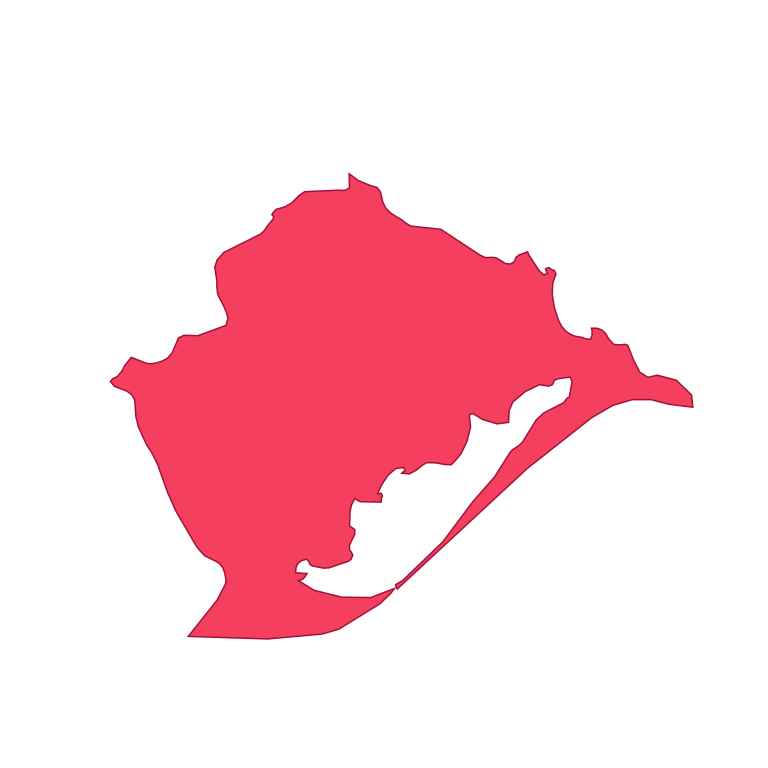 SVG path tracing the border of Kafr ash Shaykh, rotated 157°
{"feature_id": "EGY-1547", "entity_name": "Kafr ash Shaykh", "entity_type": "Governorate", "adm_level": 1, "iso_a3": "EGY", "parent_name": "Egypt", "parent_adm1": "", "projection": "robinson", "projection_center": [30.841, 31.295], "detail": "fine", "context": "isolated", "style": "filled", "palette": "rose", "viewbox_px": 768, "rotation_deg": 157, "n_neighbors": 0, "source": "natural_earth", "source_scale": "10m", "svg_char_len": 2955}
<svg xmlns="http://www.w3.org/2000/svg" viewBox="0 0 768 768"><g transform="rotate(157 384 384)"><path d="M129.0,285.3L113.5,273.3L105.2,253.7L108.8,242.0L129.2,253.7L144.4,265.3L161.6,272.6L181.9,274.9L206.2,271.8L285.1,250.3L451.9,190.1L451.9,194.7L443.4,195.9L391.6,215.7L348.3,240.9L318.5,255.3L294.6,271.8L291.4,273.3L283.7,274.6L279.2,276.4L257.9,291.5L248.2,294.9L225.9,296.6L221.0,299.5L218.5,299.5L210.0,312.7L210.0,317.6L221.5,320.8L225.5,320.9L229.1,317.6L232.9,317.6L241.4,322.7L257.1,321.8L272.4,317.1L279.2,310.6L284.3,300.0L295.5,303.1L307.2,312.9L313.7,322.2L317.6,322.2L321.1,310.6L329.8,299.0L340.2,289.8L348.5,285.5L353.6,283.4L359.8,286.3L367.1,291.2L375.4,294.9L380.7,294.2L387.9,292.1L395.7,291.3L402.5,294.9L400.8,295.6L399.2,295.6L398.4,296.4L398.7,299.5L406.2,301.6L415.8,298.5L425.3,292.3L432.8,285.5L431.4,284.8L430.0,284.9L429.2,284.3L429.3,281.3L431.3,279.9L431.5,279.3L431.6,278.5L432.8,276.4L452.0,285.0L455.8,290.0L461.0,285.5L464.9,280.3L471.1,266.9L467.8,261.3L469.8,257.0L478.8,249.1L480.4,245.1L479.8,241.7L479.6,238.6L482.9,235.5L486.2,234.7L506.6,236.3L511.9,238.3L521.2,244.6L522.7,247.1L522.6,250.2L523.6,252.8L528.9,253.7L533.4,252.4L536.8,249.3L539.1,244.8L528.9,239.6L532.5,237.1L535.9,235.9L539.7,236.5L528.9,221.4L506.3,204.3L479.6,192.6L454.2,191.7L459.6,188.6L473.5,183.3L521.2,176.0L538.7,178.0L590.5,194.7L662.8,228.1L621.9,250.4L607.8,262.1L605.8,266.0L604.6,271.8L604.1,277.5L605.6,283.0L608.0,286.5L615.9,295.6L618.3,301.6L620.1,308.1L625.2,348.2L625.6,369.0L623.8,398.5L624.5,410.1L626.3,421.3L626.9,440.5L625.0,451.5L619.7,466.5L620.3,472.5L623.5,477.9L633.0,487.1L634.9,493.2L631.5,494.9L626.5,495.0L620.1,498.4L615.6,502.1L606.3,507.3L594.8,496.1L591.4,494.0L586.0,492.4L580.0,491.8L573.5,492.2L567.0,495.4L555.0,506.8L549.1,507.0L536.5,501.2L506.5,499.7L501.9,505.6L501.1,511.8L501.1,518.6L502.0,529.5L501.6,533.3L499.9,538.7L497.4,544.6L494.2,557.5L489.3,563.2L480.1,567.7L439.6,570.2L434.7,571.7L429.2,575.3L422.9,578.5L420.7,580.2L420.2,581.3L421.1,583.7L419.6,584.8L415.3,586.9L406.4,585.8L398.2,586.7L388.5,590.7L381.9,592.0L348.8,579.7L347.3,578.7L343.2,577.4L339.1,578.2L333.9,591.2L328.2,581.3L318.6,571.6L313.7,567.7L312.2,562.0L314.0,552.2L313.7,545.4L311.2,538.9L303.5,528.0L301.9,525.0L297.8,519.0L271.2,504.1L245.4,465.3L241.0,460.5L234.8,458.3L231.5,456.4L225.3,447.6L221.1,445.1L216.8,445.5L214.6,447.3L212.8,449.2L209.9,449.6L209.8,450.0L200.2,449.6L200.2,445.8L196.9,427.8L194.2,422.0L190.4,422.0L190.4,426.9L186.9,426.9L185.6,424.9L185.5,424.1L185.0,423.5L182.8,422.0L182.8,417.9L189.2,411.0L194.2,400.5L197.3,387.8L198.5,374.3L197.9,367.4L196.2,362.1L193.7,357.9L190.5,354.3L188.3,352.5L183.5,349.6L181.1,347.1L176.7,344.5L173.5,347.4L171.6,351.9L171.3,354.3L166.3,352.2L162.6,348.9L160.3,344.1L159.5,337.8L157.2,330.9L152.0,327.9L146.9,326.5L144.5,324.4L144.9,307.9L143.9,295.0L138.5,287.0L129.3,285.4L129.0,285.3Z" fill="#f43f5e" stroke="#9f1239" stroke-width="1.5"/></g></svg>